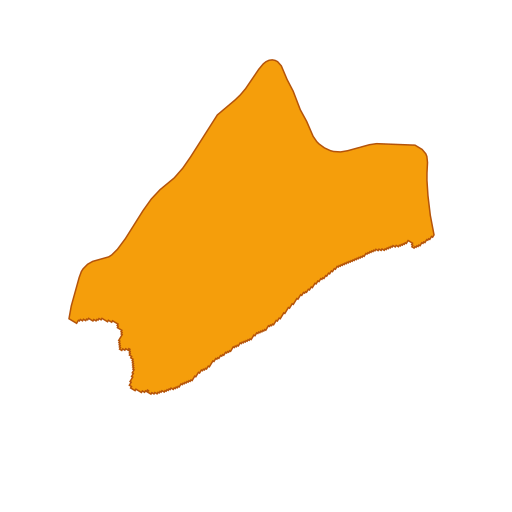 Sabana Grande de Palenque, San Cristóbal, Dominican Republic (Equal Earth projection), rotated 31°
{"feature_id": "3306468B45575096497084", "entity_name": "Sabana Grande de Palenque", "entity_type": "district", "adm_level": 2, "iso_a3": "DOM", "parent_name": "Dominican Republic", "parent_adm1": "San Cristóbal", "projection": "equal_earth", "projection_center": [-70.148, 18.258], "detail": "fine", "context": "isolated", "style": "filled", "palette": "amber", "viewbox_px": 512, "rotation_deg": 31, "n_neighbors": 0, "source": "geoboundaries", "source_scale": "gbopen_adm2", "svg_char_len": 4581}
<svg xmlns="http://www.w3.org/2000/svg" viewBox="0 0 512 512"><g transform="rotate(31 256 256)"><path d="M129.1,406.1L136.9,406.1L136.9,402.6L138.1,402.6L138.1,400.9L140.7,400.9L140.7,399.1L143.3,399.1L143.3,397.4L144.6,397.4L144.6,395.7L149.7,395.7L149.7,394.0L152.3,394.0L152.3,393.1L152.3,392.3L153.6,392.3L153.6,390.5L156.1,390.5L156.1,388.8L162.6,388.8L162.6,387.1L166.4,387.1L166.4,385.4L172.8,385.4L172.8,387.1L174.1,387.1L174.1,388.8L179.3,388.8L179.3,390.5L180.6,390.5L180.6,392.3L181.8,392.3L181.8,399.1L183.1,399.1L183.1,400.9L184.4,400.9L184.4,402.6L185.7,402.6L185.7,404.3L187.0,404.3L187.0,406.1L189.6,406.1L189.6,404.3L192.1,404.3L192.1,402.6L194.7,402.6L194.7,400.9L196.0,400.9L196.0,402.6L197.3,402.6L197.3,404.3L198.5,404.3L198.5,406.1L201.1,406.1L201.1,407.8L203.7,407.8L203.7,409.5L205.0,409.5L205.0,411.2L206.3,411.2L206.3,412.0L206.3,413.0L207.5,413.0L207.5,414.7L208.8,414.7L208.8,416.4L210.1,416.4L210.1,419.9L211.4,419.9L211.4,423.3L212.7,423.3L212.7,428.5L214.0,428.5L214.0,432.0L216.5,432.0L216.5,433.7L221.7,433.7L221.7,432.0L228.1,432.0L228.1,430.2L230.7,430.2L230.7,428.5L232.0,428.5L232.0,426.8L233.2,426.8L233.2,428.5L237.1,428.5L237.1,426.8L239.6,426.8L239.6,425.1L242.2,425.1L242.2,423.3L243.5,423.3L243.5,421.6L244.8,421.6L244.8,419.9L247.4,419.9L247.4,418.2L248.6,418.2L248.6,416.4L250.0,416.4L250.0,414.7L251.2,414.7L251.2,413.0L253.8,413.0L253.8,411.2L255.1,411.2L255.1,409.5L256.4,409.5L256.4,407.8L257.6,407.8L257.6,404.3L259.0,404.3L259.0,402.6L260.2,402.6L260.2,400.9L261.5,400.9L261.5,399.1L262.8,399.1L262.8,397.4L264.1,397.4L264.1,395.7L265.4,395.7L265.4,390.5L266.6,390.5L266.6,385.4L267.9,385.4L267.9,381.9L269.2,381.9L269.2,380.2L270.5,380.2L270.5,378.4L271.8,378.4L271.8,375.0L273.1,375.0L273.1,368.1L274.3,368.1L274.3,364.6L275.6,364.6L275.6,362.9L276.9,362.9L276.9,359.5L278.2,359.5L278.2,357.7L279.5,357.7L279.5,354.3L280.8,354.3L280.8,352.6L282.1,352.6L282.1,350.8L283.3,350.8L283.3,345.6L284.6,345.6L284.6,343.9L285.9,343.9L285.9,342.2L287.2,342.2L287.2,338.7L288.5,338.7L288.5,337.0L289.8,337.0L289.8,335.3L291.1,335.3L291.1,333.6L292.3,333.6L292.3,331.8L293.6,331.8L293.6,330.1L294.9,330.1L294.9,324.9L296.2,324.9L296.2,321.5L297.5,321.5L297.5,319.8L298.8,319.8L298.8,318.0L300.1,318.0L300.1,316.3L301.3,316.3L301.3,314.6L302.6,314.6L302.6,309.4L303.9,309.4L303.9,307.7L305.2,307.7L305.2,305.9L306.5,305.9L306.5,300.8L307.8,300.8L307.8,297.3L309.1,297.3L309.1,290.4L310.3,290.4L310.3,283.5L311.6,283.5L311.6,278.3L312.9,278.3L312.9,271.4L314.2,271.4L314.2,269.1L314.2,266.2L315.5,266.2L315.5,262.8L316.8,262.8L316.8,261.1L318.0,261.1L318.0,257.6L319.3,257.6L319.3,254.1L320.6,254.1L320.6,249.0L321.9,249.0L321.9,245.5L323.2,245.5L323.2,242.1L324.5,242.1L324.5,240.3L325.8,240.3L325.8,236.9L327.0,236.9L327.0,233.4L328.3,233.4L328.3,230.0L329.6,230.0L329.6,226.5L330.9,226.5L330.9,223.1L332.2,223.1L332.2,221.4L333.5,221.4L333.5,219.6L334.8,219.6L334.8,217.9L336.0,217.9L336.0,216.2L337.3,216.2L337.3,214.4L338.6,214.4L338.6,212.7L339.9,212.7L339.9,211.0L341.2,211.0L341.2,209.3L342.5,209.3L342.5,207.5L343.8,207.5L343.8,205.8L345.0,205.8L345.0,204.1L346.3,204.1L346.3,202.4L347.6,202.4L347.6,200.6L348.9,200.6L348.9,197.2L350.2,197.2L350.2,195.5L351.4,195.5L351.4,193.7L352.7,193.7L352.7,192.0L354.0,192.0L354.0,190.3L355.3,190.3L355.3,188.5L357.9,188.5L357.9,186.8L360.4,186.8L360.4,185.1L363.0,185.1L363.0,183.4L364.3,183.4L364.3,181.6L365.6,181.6L365.6,179.9L366.9,179.9L366.9,178.2L368.1,178.2L368.1,176.5L370.7,176.5L370.7,174.7L373.3,174.7L373.3,173.0L374.6,173.0L374.6,171.3L375.9,171.3L375.9,169.6L377.1,169.6L377.1,167.8L378.4,167.8L378.4,164.4L383.0,164.4L383.6,164.4L383.6,166.1L384.9,166.1L384.9,167.8L387.4,167.8L387.4,166.1L388.7,166.1L388.7,164.4L390.0,164.4L390.0,162.7L391.3,162.7L391.3,159.2L392.6,159.2L392.6,157.5L393.9,157.5L393.9,154.0L395.1,154.0L395.1,152.3L396.4,152.3L396.4,148.9L397.7,148.9L397.7,146.9L397.7,146.2L384.4,131.3L372.3,115.7L363.5,103.0L359.7,96.6L354.9,87.6L351.2,82.7L348.8,80.9L343.5,79.1L335.2,79.1L301.5,97.6L295.9,102.2L280.3,118.6L274.8,123.3L268.6,126.5L265.4,127.4L258.9,128.1L252.4,127.5L249.2,126.7L243.3,124.0L230.2,114.6L218.6,107.8L203.0,95.6L191.7,88.7L179.8,80.0L174.4,78.3L171.7,78.5L168.9,79.5L166.4,81.5L164.5,84.3L163.3,87.5L162.2,94.4L160.9,117.9L159.6,126.0L157.7,133.0L150.2,155.0L148.9,204.8L148.0,218.4L145.7,231.2L139.6,248.5L136.9,261.1L135.8,275.1L135.1,308.4L133.8,321.6L131.8,329.4L130.2,332.6L118.8,344.7L115.9,349.8L114.4,356.0L114.3,359.2L115.5,365.5L123.4,394.0L128.0,406.1L129.1,406.1Z" fill="#f59e0b" stroke="#b45309" stroke-width="1.5"/></g></svg>